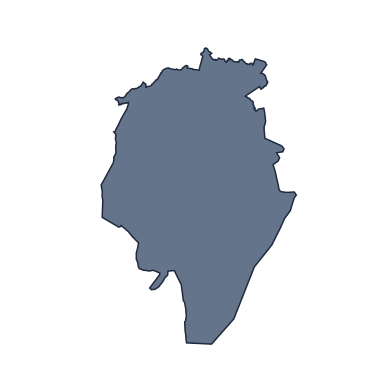 the district of Tixtla de Guerrero, Guerrero, Mexico, rotated 197°
{"feature_id": "50627088B84888194044649", "entity_name": "Tixtla de Guerrero", "entity_type": "district", "adm_level": 2, "iso_a3": "MEX", "parent_name": "Mexico", "parent_adm1": "Guerrero", "projection": "robinson", "projection_center": [-99.344, 17.607], "detail": "fine", "context": "isolated", "style": "filled", "palette": "slate", "viewbox_px": 384, "rotation_deg": 197, "n_neighbors": 0, "source": "geoboundaries", "source_scale": "gbopen_adm2", "svg_char_len": 5829}
<svg xmlns="http://www.w3.org/2000/svg" viewBox="0 0 384 384"><g transform="rotate(197 192 192)"><path d="M270.5,141.5L251.7,137.0L250.8,137.6L250.2,138.2L250.0,139.2L241.3,135.5L239.5,134.2L235.5,131.5L234.3,131.0L228.2,127.7L227.6,122.1L227.5,117.7L225.7,111.6L223.1,108.4L221.7,105.2L220.1,103.3L216.1,103.0L209.6,104.0L206.2,105.8L199.1,105.1L198.8,103.4L204.4,87.8L202.3,86.7L202.1,86.8L199.0,88.1L196.3,91.2L193.8,97.4L192.8,102.0L191.0,105.4L191.8,109.3L186.0,111.7L175.2,100.3L168.5,85.6L166.8,84.2L163.8,78.4L162.4,74.5L161.4,72.6L160.5,66.8L161.0,65.6L159.6,61.7L157.9,57.0L156.5,54.2L155.2,50.7L153.1,46.1L128.8,52.3L114.9,82.9L110.5,138.6L100.2,164.6L96.8,184.7L95.8,193.5L92.5,202.9L92.6,208.0L92.5,216.4L91.4,219.6L91.4,219.8L92.5,220.5L93.0,221.0L94.3,221.9L100.4,219.6L103.3,218.9L107.0,218.4L108.1,218.8L108.8,219.3L109.9,220.5L111.1,223.0L118.9,236.7L122.5,241.8L118.7,246.8L118.2,250.3L122.6,254.3L116.9,257.0L116.6,260.2L119.8,262.3L138.0,264.7L142.0,274.7L142.2,281.0L145.3,288.1L146.2,290.1L147.9,293.2L152.6,290.7L154.4,288.0L155.2,288.4L155.6,288.7L156.0,289.1L156.0,290.0L156.6,289.9L156.5,290.5L157.0,290.3L157.1,290.6L157.1,291.0L157.5,291.8L157.9,292.3L158.0,292.6L158.3,293.0L159.1,293.3L159.2,294.1L159.4,294.6L159.5,295.5L160.0,295.9L160.5,296.6L161.4,296.6L162.3,296.7L162.8,297.2L163.2,297.4L163.4,297.7L163.8,298.0L164.1,298.1L164.6,298.1L164.9,298.4L165.5,298.4L166.0,298.3L166.3,298.3L166.9,298.5L167.0,298.6L166.9,298.8L167.0,298.9L167.3,298.8L167.5,298.8L167.8,298.9L168.0,299.0L168.3,299.0L168.6,299.0L168.8,299.0L169.1,299.2L158.3,312.5L157.7,311.8L156.1,310.5L155.7,311.0L155.5,311.4L155.3,311.8L155.1,312.0L154.7,312.1L154.4,312.5L154.3,313.2L154.0,313.4L153.8,313.5L153.7,313.9L153.5,314.2L153.3,314.3L153.0,314.5L152.6,315.2L152.3,315.5L152.2,315.8L152.1,316.1L152.2,316.4L152.3,316.8L152.2,317.2L151.7,317.7L151.7,318.0L151.8,318.4L151.9,318.9L151.8,319.4L152.2,319.4L152.4,319.8L153.0,320.4L153.3,320.8L154.7,322.6L154.9,323.1L155.3,323.8L155.9,324.5L157.1,325.4L157.6,325.6L158.2,325.8L159.6,325.9L160.1,325.8L160.9,325.8L160.7,326.0L158.9,332.0L158.3,333.9L158.2,334.0L157.8,335.5L158.7,336.2L159.4,337.2L159.6,337.4L159.8,337.5L161.4,337.9L162.0,337.9L167.7,337.9L170.1,337.8L170.4,337.8L170.6,334.3L170.5,332.5L170.6,331.9L170.9,331.2L171.1,331.3L172.4,332.6L173.1,332.4L173.2,332.1L173.5,332.1L173.6,331.9L173.7,332.0L174.0,331.9L174.2,331.1L174.6,330.8L175.9,330.7L176.3,330.4L176.7,330.7L178.1,330.6L178.5,330.9L178.9,331.1L179.8,331.7L181.2,332.2L181.2,332.3L182.2,333.0L182.5,333.4L183.1,333.2L184.0,332.6L185.0,332.2L185.2,331.8L185.3,329.8L185.5,329.7L186.2,330.1L187.5,329.2L188.4,329.4L188.6,329.4L189.1,329.2L189.7,329.0L190.6,329.2L191.0,329.1L191.6,329.2L191.9,329.8L192.1,330.0L192.5,330.1L192.8,330.0L193.7,330.1L194.2,330.7L194.7,330.9L196.0,330.3L196.2,330.2L195.3,329.1L195.8,328.5L196.0,328.2L196.8,328.3L197.0,326.1L198.4,326.4L198.7,326.9L199.6,328.0L200.1,328.5L200.7,328.5L203.4,327.4L205.5,327.9L206.0,326.7L206.7,325.8L206.8,325.6L206.9,325.4L208.1,325.5L208.2,325.0L209.3,325.3L209.8,325.1L210.3,324.6L215.3,328.1L213.7,330.3L215.3,331.0L216.9,331.5L217.2,331.5L217.7,331.9L218.8,333.1L219.5,333.6L220.1,333.7L220.6,333.6L221.3,333.6L221.8,332.8L222.1,332.4L222.0,332.0L221.8,331.6L221.5,330.5L221.7,330.3L222.0,329.9L222.2,329.5L222.2,329.0L222.4,328.9L222.6,328.5L222.8,328.2L223.6,327.5L224.0,325.4L223.6,326.0L223.0,326.0L222.0,325.5L221.4,325.0L221.4,322.9L221.4,322.1L221.3,321.0L221.3,320.2L221.2,319.3L221.2,316.6L220.9,310.4L223.7,310.2L225.9,309.7L227.0,309.5L227.7,310.0L232.8,309.1L232.8,311.0L233.3,311.2L233.4,311.4L233.8,311.4L235.0,311.0L236.2,309.4L237.7,306.8L238.0,305.9L239.6,305.0L242.4,304.8L242.8,305.0L243.2,304.4L243.5,304.2L244.3,304.1L244.7,303.9L245.1,304.0L245.3,304.0L245.6,304.0L245.9,303.9L246.4,303.8L246.7,303.8L247.1,303.7L248.4,303.5L248.9,303.5L249.4,303.7L249.9,303.8L250.6,303.7L251.0,303.6L251.9,303.3L252.6,302.7L253.2,302.4L254.0,301.6L255.0,300.6L255.5,299.8L255.8,299.1L255.8,298.6L255.9,297.2L256.2,296.8L256.6,296.7L256.7,296.3L256.6,296.0L256.8,295.6L256.8,294.3L257.1,293.8L257.2,293.0L257.7,291.9L257.4,291.1L257.6,290.9L257.8,290.2L258.1,290.0L258.3,289.2L258.5,289.1L258.8,289.0L259.0,288.8L259.1,288.1L259.5,287.9L259.8,286.6L260.3,286.1L260.4,285.5L260.8,285.1L261.0,284.3L261.9,283.4L261.8,283.0L261.8,282.7L262.2,282.2L262.4,281.7L262.7,281.2L264.7,280.2L266.8,278.6L266.9,278.9L267.0,279.4L267.0,279.7L267.4,280.3L267.3,280.8L267.5,280.9L267.7,281.2L267.6,281.5L270.8,282.8L271.0,281.8L271.7,279.1L272.2,278.5L272.2,278.1L272.4,277.8L273.5,277.0L273.8,276.4L274.3,275.7L274.6,275.5L275.2,274.8L276.1,274.6L276.5,274.3L276.9,273.9L277.7,273.5L278.6,273.5L279.8,272.7L280.8,271.1L281.4,269.5L281.8,268.9L282.9,267.4L283.5,265.8L283.8,264.3L285.1,262.1L286.4,261.8L287.9,261.4L288.9,261.4L289.2,261.5L289.7,261.4L290.2,261.1L290.8,260.6L291.5,260.0L292.0,259.4L292.5,259.0L292.6,258.8L292.2,258.1L291.8,258.0L291.2,258.0L290.8,257.9L290.6,257.8L289.9,257.5L289.2,257.3L288.8,257.0L288.5,256.1L288.0,255.6L287.7,255.1L287.5,254.5L287.6,254.1L287.6,253.9L287.3,253.9L286.6,254.1L286.6,254.4L286.5,254.6L286.3,254.6L286.1,254.8L286.0,255.0L285.9,255.1L285.6,255.1L285.4,254.9L285.2,255.0L285.1,255.7L284.8,255.8L284.8,256.1L284.6,256.4L284.0,256.2L283.8,256.2L283.5,256.4L283.4,256.5L282.5,256.9L281.4,257.7L281.3,257.8L281.0,257.8L280.8,258.0L280.6,257.9L280.4,258.2L280.1,258.4L279.6,258.6L279.4,258.8L279.1,259.0L278.5,256.8L278.6,254.5L278.6,253.5L278.6,252.6L281.1,241.4L282.1,234.2L282.4,232.8L283.1,229.3L283.0,228.2L283.2,227.5L284.4,226.6L282.2,225.2L281.8,225.0L281.6,224.4L280.6,220.0L278.8,217.1L278.4,213.8L276.1,206.7L276.3,205.4L277.0,202.6L276.3,200.4L275.8,197.0L280.9,172.1L277.9,166.1L276.6,161.3L274.8,157.8L270.5,141.5Z" fill="#64748b" stroke="#1e293b" stroke-width="1.5"/></g></svg>